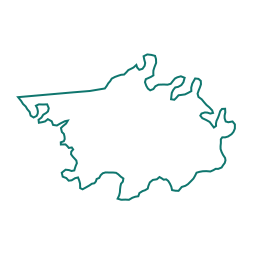 the district of Ipuaçu, Santa Catarina, Brazil, rotated 85°
{"feature_id": "56859067B42484326505504", "entity_name": "Ipuaçu", "entity_type": "district", "adm_level": 2, "iso_a3": "BRA", "parent_name": "Brazil", "parent_adm1": "Santa Catarina", "projection": "robinson", "projection_center": [-52.479, -26.688], "detail": "fine", "context": "isolated", "style": "outline", "palette": "teal", "viewbox_px": 256, "rotation_deg": 85, "n_neighbors": 0, "source": "geoboundaries", "source_scale": "gbopen_adm2", "svg_char_len": 3063}
<svg xmlns="http://www.w3.org/2000/svg" viewBox="0 0 256 256"><g transform="rotate(85 128 128)"><path d="M141.1,23.3L137.9,21.6L133.7,21.2L130.6,23.3L131.0,27.6L130.0,30.1L126.7,30.9L124.0,30.7L120.9,29.7L117.3,29.6L117.2,32.7L119.3,34.7L123.2,36.3L125.9,37.6L128.6,39.2L131.2,40.0L133.6,40.1L135.0,42.4L132.0,44.3L129.1,46.1L126.9,49.3L124.7,53.1L122.0,54.9L120.0,53.5L119.2,50.1L119.6,47.5L120.8,44.8L120.4,42.0L117.8,42.6L114.5,45.2L111.9,47.8L109.3,49.7L105.8,52.1L103.2,55.1L99.9,55.7L96.9,54.4L93.8,52.8L90.8,51.5L87.4,51.4L85.2,53.5L84.5,56.8L89.4,60.1L93.3,61.5L96.8,61.7L98.1,64.7L99.5,68.3L99.7,72.1L99.8,74.8L102.2,77.3L103.9,79.4L103.1,82.6L99.6,81.9L96.8,81.3L94.0,79.6L91.7,77.4L91.4,74.4L89.9,71.1L87.2,68.8L82.9,67.2L81.1,70.8L81.8,74.5L82.8,76.9L84.8,78.9L87.7,81.6L88.3,84.8L87.8,88.5L87.5,93.9L88.8,97.1L91.4,99.3L92.4,102.6L90.5,104.7L87.6,106.1L83.8,107.1L80.9,106.0L80.0,103.3L79.0,100.5L77.8,98.1L75.4,98.0L73.0,97.7L70.0,96.5L65.6,94.3L61.7,94.1L58.5,94.8L57.2,98.4L56.4,102.4L57.9,106.2L61.5,105.8L64.7,105.2L67.5,106.0L70.3,108.4L71.0,111.7L68.5,113.6L65.9,114.2L68.2,117.2L69.4,120.1L70.3,122.6L72.3,124.7L74.4,127.2L74.4,130.2L75.0,132.9L76.0,136.6L77.4,139.9L79.8,141.7L81.8,143.8L84.2,145.5L86.6,147.6L87.8,162.8L87.7,178.7L87.7,182.8L87.7,189.6L87.7,203.7L87.7,234.8L91.9,232.0L94.9,230.5L97.7,228.0L100.5,226.7L103.4,224.6L107.2,223.9L109.3,221.1L108.0,218.0L105.8,216.7L103.4,216.3L100.4,216.7L97.8,217.8L96.7,214.8L97.2,210.6L97.4,206.5L101.4,205.2L104.5,206.3L105.9,208.2L107.4,211.3L110.1,213.3L112.0,216.4L115.0,216.3L114.7,212.9L114.2,210.0L112.2,207.1L114.7,203.4L118.4,202.4L119.3,198.6L117.5,194.8L115.7,190.2L115.4,187.3L118.2,189.3L120.3,192.4L122.2,194.8L126.2,194.2L128.3,192.4L131.0,192.0L133.5,192.0L135.6,193.1L136.4,196.2L138.6,196.3L138.9,191.7L140.8,190.0L142.7,188.7L142.5,185.7L144.6,184.5L146.6,186.6L149.2,187.0L151.7,185.5L153.9,183.8L155.9,182.3L158.6,182.0L161.0,183.3L163.0,184.2L165.6,185.2L165.9,188.0L164.8,190.4L164.1,193.8L166.8,197.9L170.8,197.3L172.5,193.8L175.3,191.7L175.2,188.7L173.4,185.1L172.9,182.1L176.0,181.2L179.2,180.6L183.7,180.9L185.1,178.6L183.5,175.0L181.9,171.5L180.4,168.9L180.1,166.3L178.5,164.7L176.1,163.7L175.2,161.0L172.6,159.3L170.9,157.1L170.3,154.3L170.7,150.8L171.0,147.1L171.6,143.8L173.3,141.7L175.8,139.5L177.9,137.0L181.0,137.8L182.9,139.8L185.4,140.6L188.2,141.2L191.4,141.7L194.4,142.7L197.5,144.5L198.9,141.0L199.1,136.9L199.6,133.3L197.9,129.8L197.1,126.7L196.9,123.7L193.8,122.3L192.1,119.0L191.5,116.5L190.1,113.6L187.6,112.8L184.1,111.0L181.9,107.8L181.6,103.7L179.6,100.9L181.0,98.9L182.6,97.0L182.5,94.4L184.3,92.5L187.1,91.1L190.2,90.0L193.7,89.5L194.6,86.3L195.0,83.1L191.4,79.6L190.6,75.9L189.2,73.2L186.3,69.7L184.1,67.2L181.5,65.4L178.5,63.6L177.9,60.6L177.6,57.4L177.8,53.7L178.5,49.7L177.4,46.5L176.3,44.2L176.6,41.7L175.5,38.2L173.3,36.5L171.3,34.7L168.7,33.7L166.3,33.9L163.0,35.7L159.9,36.9L157.0,37.6L154.2,37.4L151.1,36.8L147.4,36.5L145.5,34.9L145.8,32.1L145.2,29.1L143.2,25.4L141.1,23.3Z" fill="none" stroke="#0f766e" stroke-width="2"/></g></svg>